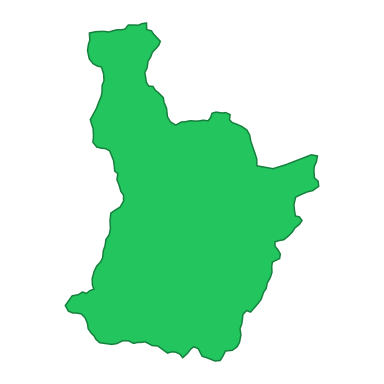 São Roque, São Paulo, Brazil
{"feature_id": "56859067B40084204815898", "entity_name": "São Roque", "entity_type": "district", "adm_level": 2, "iso_a3": "BRA", "parent_name": "Brazil", "parent_adm1": "São Paulo", "projection": "natural_earth1", "projection_center": [-47.115, -23.533], "detail": "fine", "context": "isolated", "style": "filled", "palette": "green", "viewbox_px": 384, "rotation_deg": 0, "n_neighbors": 0, "source": "geoboundaries", "source_scale": "gbopen_adm2", "svg_char_len": 2566}
<svg xmlns="http://www.w3.org/2000/svg" viewBox="0 0 384 384"><path d="M146.5,23.0L141.8,23.7L138.6,25.2L133.8,25.0L128.3,25.0L125.1,29.0L121.5,29.8L116.9,29.8L113.1,30.7L108.9,32.0L104.2,31.4L100.3,31.4L95.1,31.8L89.4,33.0L89.8,40.2L88.5,44.1L87.5,50.5L89.3,58.9L93.1,63.7L97.2,66.0L101.4,67.0L103.6,73.9L104.0,80.6L102.1,85.5L102.0,92.6L101.0,96.8L99.0,101.6L96.4,108.4L93.3,114.2L90.3,119.6L91.5,123.8L93.1,128.6L93.5,136.4L92.9,142.3L96.8,147.1L101.5,148.2L105.4,148.6L109.6,150.7L111.4,155.1L113.5,160.4L114.3,166.3L114.7,171.1L117.8,173.6L116.9,179.5L119.4,186.0L120.8,191.3L123.5,195.1L123.5,201.2L120.2,207.0L114.9,210.3L110.8,213.1L110.0,221.0L110.4,228.9L109.2,234.7L105.9,239.5L105.1,245.5L103.2,251.1L102.7,257.6L100.7,261.8L96.8,265.9L94.2,271.2L92.2,278.5L92.4,285.0L93.9,289.2L90.0,290.6L86.4,293.4L82.5,292.0L78.3,294.7L72.2,295.8L68.5,300.9L65.3,305.5L68.3,311.1L72.7,313.0L76.2,313.0L81.3,313.9L85.1,317.8L87.4,323.2L88.2,328.8L91.3,333.2L94.0,335.8L96.0,339.4L99.6,342.7L105.9,343.6L111.7,344.4L116.8,343.6L122.9,340.7L128.8,340.9L133.5,343.4L137.3,342.5L141.1,342.4L145.0,341.8L148.2,343.4L152.0,345.5L157.8,346.0L162.7,349.6L167.5,353.1L171.5,351.9L175.6,352.1L180.0,354.2L182.7,357.7L187.4,353.4L190.7,349.1L193.6,346.8L198.2,348.6L202.1,356.2L207.8,358.1L215.0,361.0L220.2,360.5L222.7,356.5L225.5,351.0L232.3,350.3L237.1,346.8L239.5,342.3L240.9,335.0L240.0,328.6L241.6,324.4L242.4,319.6L242.9,314.5L246.5,310.6L250.5,312.1L253.9,308.3L258.0,303.5L261.1,299.4L263.6,292.3L266.3,288.2L267.1,283.3L270.2,277.8L272.0,272.2L271.7,266.4L272.4,262.1L275.7,260.4L279.6,258.6L280.3,254.0L277.9,249.7L275.1,246.5L274.8,241.9L279.1,240.6L283.9,239.7L288.4,236.0L292.1,232.3L294.8,228.1L299.6,224.1L302.0,220.5L299.4,216.9L295.4,215.9L294.5,210.4L293.9,204.8L295.6,197.2L301.4,194.4L307.0,192.0L312.7,190.6L318.7,186.3L318.1,181.2L314.4,177.9L313.9,170.5L314.4,166.0L316.4,161.8L317.4,155.9L311.4,154.8L285.8,164.7L273.0,168.7L256.9,165.8L256.8,159.2L254.8,152.8L253.1,148.0L250.9,141.6L249.6,134.8L246.8,129.9L241.6,126.4L236.9,124.3L232.1,122.5L229.5,119.8L230.1,114.6L225.6,112.6L222.1,113.0L216.1,112.1L212.1,113.2L210.6,117.4L208.1,120.9L203.4,120.2L199.3,120.9L195.3,121.1L190.3,120.7L185.0,121.8L181.3,122.0L175.8,125.1L170.6,122.0L167.5,117.0L166.5,108.0L164.0,102.4L163.3,97.6L158.9,93.2L155.3,90.2L152.9,86.4L148.7,86.1L146.3,82.2L145.6,77.1L144.8,72.6L147.1,67.9L148.0,61.4L150.7,56.9L152.5,52.1L156.3,48.2L158.8,45.2L160.3,41.3L156.8,37.5L153.5,34.0L151.5,30.9L146.7,29.6L146.5,23.0Z" fill="#22c55e" stroke="#15803d" stroke-width="1.5"/></svg>